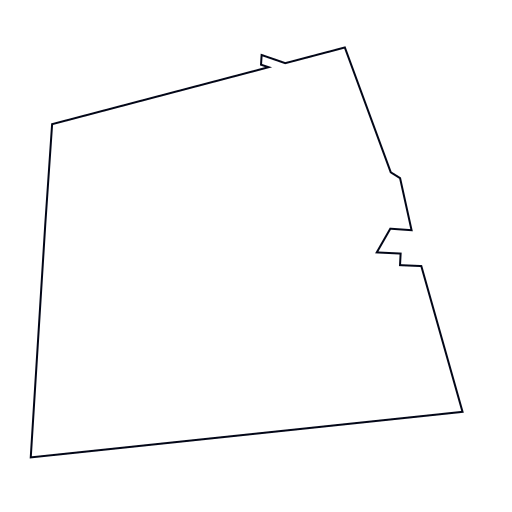 Heard, Georgia, United States of America, rotated 273°
{"feature_id": "52423323B5614253724066", "entity_name": "Heard", "entity_type": "district", "adm_level": 2, "iso_a3": "USA", "parent_name": "United States of America", "parent_adm1": "Georgia", "projection": "albers", "projection_center": [-85.075, 33.279], "detail": "fine", "context": "isolated", "style": "outline", "palette": "ink", "viewbox_px": 512, "rotation_deg": 273, "n_neighbors": 0, "source": "geoboundaries", "source_scale": "gbopen_adm2", "svg_char_len": 378}
<svg xmlns="http://www.w3.org/2000/svg" viewBox="0 0 512 512"><g transform="rotate(273 256 256)"><path d="M111.2,470.4L254.6,421.6L254.4,400.3L266.0,400.3L265.9,376.4L290.3,388.7L289.9,410.0L341.3,395.8L346.6,386.2L468.9,333.8L450.1,275.1L457.0,251.1L447.3,251.0L445.2,258.7L377.0,45.5L276.6,43.9L43.1,41.6L111.2,470.4Z" fill="none" stroke="#020617" stroke-width="2"/></g></svg>